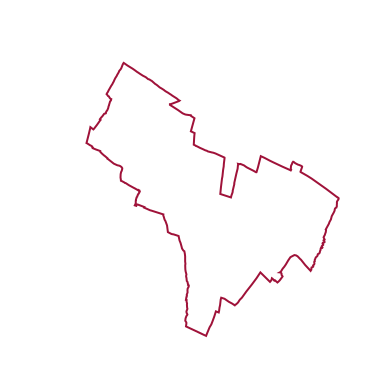 Dodesti, Vaslui, Romania, rotated 45°
{"feature_id": "2599482B41248558558990", "entity_name": "Dodesti", "entity_type": "district", "adm_level": 2, "iso_a3": "ROU", "parent_name": "Romania", "parent_adm1": "Vaslui", "projection": "equal_earth", "projection_center": [27.924, 46.352], "detail": "fine", "context": "isolated", "style": "outline", "palette": "rose", "viewbox_px": 384, "rotation_deg": 45, "n_neighbors": 0, "source": "geoboundaries", "source_scale": "gbopen_adm2", "svg_char_len": 6038}
<svg xmlns="http://www.w3.org/2000/svg" viewBox="0 0 384 384"><g transform="rotate(45 192 192)"><path d="M302.4,241.9L302.3,241.1L302.5,240.8L302.6,240.2L302.7,238.3L302.6,237.1L302.2,235.5L302.0,234.3L302.0,231.4L300.8,224.1L299.7,214.9L298.6,207.4L297.2,200.5L310.7,200.4L310.6,199.1L310.2,197.6L309.5,196.5L310.0,196.4L311.6,196.4L312.9,196.5L313.1,196.4L313.1,195.8L316.4,195.6L316.5,194.7L316.5,192.4L315.8,187.7L315.3,187.5L314.0,187.3L313.6,187.0L313.2,186.5L312.7,186.3L312.4,186.2L312.0,186.2L311.4,186.4L310.9,186.8L311.1,186.1L311.1,185.6L311.0,184.8L310.5,182.9L310.3,181.8L310.1,179.6L309.6,176.9L308.4,172.3L307.7,168.6L307.9,167.7L309.0,164.2L310.5,163.2L312.2,162.8L316.0,162.9L316.8,162.8L323.7,163.6L331.6,163.9L331.4,163.3L331.4,162.7L331.1,162.3L330.3,161.5L329.9,160.8L330.4,159.8L330.5,159.1L330.3,158.8L329.5,158.3L329.6,157.2L329.5,156.6L329.1,156.0L327.9,155.1L327.8,154.9L327.8,154.1L326.9,153.4L326.4,152.1L326.0,151.3L325.8,150.7L325.9,148.8L325.7,148.1L325.0,147.2L325.0,146.5L325.4,145.6L325.4,145.3L325.1,144.4L324.3,143.3L324.1,142.5L323.7,141.9L323.3,141.5L323.0,141.0L322.8,140.5L323.5,139.9L323.6,139.4L323.5,139.0L323.1,138.9L322.3,139.0L322.1,138.8L322.0,138.2L322.0,137.5L322.2,136.9L322.2,136.6L322.0,136.4L320.7,136.1L320.5,135.7L320.4,135.3L320.9,134.8L321.1,134.3L321.2,133.8L320.8,133.4L320.2,133.2L319.2,133.1L319.2,132.6L319.5,132.1L319.4,131.8L318.6,131.6L318.2,131.4L317.2,131.1L316.8,130.3L316.3,128.5L315.4,126.8L315.1,126.0L313.7,124.1L313.1,124.0L311.2,117.5L310.5,116.2L309.6,113.1L309.0,112.2L308.9,111.9L308.3,111.0L307.8,110.0L306.9,106.8L306.3,105.0L305.9,104.2L305.2,103.3L304.9,102.7L304.8,101.9L304.9,101.3L305.1,100.9L304.8,100.4L304.6,99.8L304.2,99.5L303.7,98.8L303.1,98.3L302.6,97.6L301.7,96.8L301.3,96.2L301.0,95.1L300.8,93.7L300.1,92.7L299.6,92.7L298.4,92.9L298.4,93.0L284.9,94.9L267.2,97.9L262.3,99.0L254.6,101.1L254.3,100.9L254.1,100.5L252.3,96.7L252.0,96.2L251.5,96.1L250.4,96.4L248.7,97.1L247.6,97.7L244.7,98.6L243.5,98.8L242.7,98.8L242.1,99.1L242.2,100.1L243.0,101.8L243.3,103.0L243.7,103.7L245.5,105.8L246.4,106.1L246.6,106.9L245.9,107.1L238.1,110.1L228.4,113.6L224.9,114.8L219.1,116.6L215.3,118.0L221.3,128.1L223.6,132.4L223.4,132.7L222.4,133.0L220.5,133.5L213.8,135.7L212.0,136.1L210.0,136.4L206.4,137.9L206.1,138.3L206.1,138.6L204.7,139.5L204.9,139.6L205.5,140.5L207.8,143.3L210.3,147.5L215.7,156.0L216.2,156.3L219.4,161.5L219.8,162.2L220.7,163.2L221.3,164.3L222.3,166.5L223.4,168.3L213.4,173.4L208.9,167.9L203.8,161.4L202.6,159.6L198.4,154.4L196.4,151.6L194.4,149.3L191.2,145.2L190.9,144.8L190.6,144.7L181.5,148.1L179.6,149.0L178.9,149.4L178.2,149.9L174.5,152.1L173.2,152.4L172.0,153.1L169.7,153.9L166.3,155.2L163.4,156.1L162.1,156.7L161.9,156.6L159.8,157.3L155.0,151.9L153.3,149.9L152.2,148.5L148.3,149.9L141.6,138.1L137.4,138.9L137.0,138.5L136.9,138.5L136.0,139.3L133.1,141.5L132.3,142.0L131.3,142.4L129.7,143.0L126.8,143.5L124.4,143.9L117.0,145.5L114.8,146.0L114.3,145.5L114.9,144.8L115.8,142.9L118.5,136.9L118.6,136.2L118.0,136.4L114.8,136.7L109.9,137.8L108.4,138.0L107.2,138.3L105.0,138.7L102.4,139.4L100.7,139.7L100.1,139.7L96.9,140.4L96.0,140.7L94.9,140.9L92.4,141.1L90.8,141.3L89.8,141.6L84.9,141.9L83.7,142.3L82.4,142.5L81.5,143.0L81.2,143.2L78.1,143.5L75.0,144.5L71.3,145.3L69.6,145.6L68.4,145.9L65.0,146.4L62.8,146.8L56.9,148.2L52.4,149.0L52.5,149.7L52.9,150.9L54.5,154.6L54.8,155.9L54.9,157.6L55.0,158.0L55.6,159.4L56.3,162.2L56.7,163.2L57.2,165.6L57.9,167.7L58.6,169.4L58.9,170.7L59.1,171.1L59.5,172.5L59.8,174.1L60.7,177.3L61.2,179.2L61.7,180.5L62.1,182.4L62.4,183.2L63.1,183.2L64.7,183.5L65.6,183.2L67.0,183.6L68.0,183.7L68.5,183.7L69.2,183.4L69.9,184.5L70.1,186.0L71.3,188.2L71.7,189.0L72.0,189.3L72.4,190.4L72.6,190.7L73.4,191.9L74.1,193.6L74.3,194.3L74.5,195.7L75.1,197.0L75.4,197.2L75.4,197.5L74.7,198.5L74.6,198.8L75.1,202.1L75.1,203.3L75.4,205.7L76.4,205.7L76.5,206.9L77.3,211.4L77.8,215.1L78.0,216.6L78.0,217.5L74.3,218.0L75.1,219.2L78.0,223.9L82.8,232.0L83.6,231.7L86.0,231.2L86.5,231.1L87.2,230.9L87.7,230.7L89.2,230.4L89.5,230.8L90.5,230.7L90.8,231.2L93.7,230.0L98.2,227.9L98.9,228.5L101.6,228.5L104.4,228.3L104.7,228.2L108.4,227.9L108.6,228.3L108.8,228.3L109.3,228.1L116.2,227.3L116.8,227.2L120.3,225.9L120.6,225.7L122.0,224.8L123.1,224.4L124.5,224.2L125.9,224.5L126.6,225.4L127.3,226.7L127.8,228.1L128.9,229.8L131.2,232.3L133.0,233.6L133.8,234.3L134.7,233.9L137.4,233.1L138.3,233.0L138.6,232.7L139.2,232.5L142.6,231.8L150.4,229.5L153.0,228.8L152.8,228.4L153.1,228.3L153.8,228.1L154.2,228.4L154.7,228.5L154.8,228.7L154.6,229.2L155.1,229.6L155.2,229.9L155.2,230.2L155.5,230.8L155.5,231.0L155.4,231.2L155.6,232.2L156.1,232.9L156.2,233.6L156.6,234.1L156.6,235.0L156.8,235.3L157.1,235.7L157.7,237.0L158.4,237.6L158.4,237.8L158.5,238.1L159.6,239.1L160.5,240.4L161.0,241.9L162.4,241.2L161.8,239.7L163.0,239.0L169.0,236.3L169.2,236.9L175.4,234.5L176.4,233.9L187.6,228.1L187.9,228.6L188.5,229.0L189.6,229.5L191.9,230.8L192.7,231.1L193.7,231.3L198.0,233.3L203.3,237.4L206.6,236.4L207.7,235.9L208.9,235.0L213.6,232.6L217.5,235.1L219.9,236.1L223.6,238.2L224.9,239.0L227.2,239.5L228.5,239.3L230.7,240.8L232.7,242.4L236.2,245.9L238.2,247.5L238.9,248.5L240.9,250.4L242.1,251.5L243.7,252.7L246.3,254.2L247.1,255.4L247.7,256.0L248.9,256.7L251.2,258.6L252.5,258.8L253.9,259.8L254.5,260.0L254.7,260.3L255.0,260.1L255.4,260.4L255.6,260.7L256.1,260.6L256.7,261.5L256.9,262.3L257.3,263.5L258.3,264.7L259.9,266.2L260.9,268.3L261.1,268.6L261.5,268.7L262.0,269.3L262.1,269.8L262.5,270.2L262.5,270.5L262.8,270.9L263.8,272.3L264.0,272.6L264.6,272.2L265.3,273.0L265.9,273.5L267.3,274.3L268.1,275.3L268.9,276.0L270.3,277.2L271.4,277.9L272.3,280.0L272.7,280.6L273.7,281.3L274.4,281.5L275.4,281.9L275.5,282.1L275.8,283.8L276.8,285.9L277.6,286.9L278.3,287.8L280.1,288.2L280.7,288.6L281.8,290.0L282.8,291.3L303.7,283.8L302.7,281.5L300.1,275.2L299.3,272.0L297.8,268.6L295.7,264.1L293.3,259.5L296.1,258.3L295.3,257.0L293.2,254.3L291.8,252.1L288.3,247.7L287.4,246.1L290.5,244.5L295.6,243.6L299.3,242.5L302.4,241.9Z" fill="none" stroke="#9f1239" stroke-width="2"/></g></svg>